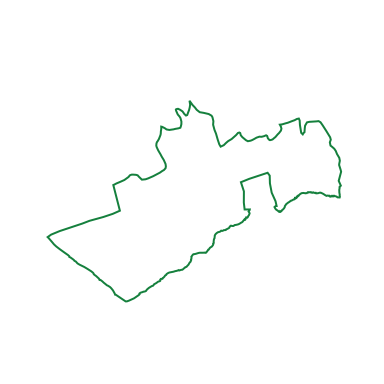 outline of Moanda, Bas-Congo, Democratic Republic of the Congo, rotated 345°
{"feature_id": "63176286B88277060419996", "entity_name": "Moanda", "entity_type": "district", "adm_level": 2, "iso_a3": "COD", "parent_name": "Democratic Republic of the Congo", "parent_adm1": "Bas-Congo", "projection": "natural_earth1", "projection_center": [12.948, -5.756], "detail": "fine", "context": "isolated", "style": "outline", "palette": "green", "viewbox_px": 384, "rotation_deg": 345, "n_neighbors": 0, "source": "geoboundaries", "source_scale": "gbopen_adm2", "svg_char_len": 6060}
<svg xmlns="http://www.w3.org/2000/svg" viewBox="0 0 384 384"><g transform="rotate(345 192 192)"><path d="M267.8,227.9L268.2,229.6L268.6,230.6L269.1,231.2L270.3,232.6L270.7,233.4L271.2,233.8L271.4,233.7L272.1,234.1L272.6,233.9L272.6,233.6L272.9,233.8L273.4,233.7L273.6,233.5L273.9,233.1L274.6,232.7L275.6,232.3L277.0,231.3L277.8,230.4L278.0,229.7L279.2,228.7L279.6,228.4L280.2,227.9L281.2,227.6L281.9,227.2L283.0,226.9L283.9,226.6L284.4,226.3L284.9,226.3L285.3,226.0L286.3,226.0L287.5,225.7L287.8,225.6L288.4,225.4L288.6,225.4L288.9,225.6L289.1,225.6L289.4,225.5L289.6,225.3L289.9,224.6L290.0,224.2L290.3,224.2L290.8,224.7L291.2,224.9L292.1,224.2L292.2,223.6L292.5,223.4L292.7,223.7L292.9,223.7L293.1,223.6L293.3,223.4L293.6,223.1L293.8,223.2L294.0,222.8L294.4,222.8L296.3,221.8L296.7,221.8L297.4,221.5L299.2,221.7L300.1,222.1L301.0,222.4L301.5,222.7L302.5,222.7L302.7,222.8L303.0,222.6L303.9,222.2L304.2,222.4L304.4,222.6L304.9,222.4L306.5,223.1L306.8,222.9L307.5,223.4L307.7,223.8L308.0,223.9L308.5,223.9L308.7,223.7L309.0,223.7L309.6,224.3L310.3,224.6L310.6,224.6L310.7,224.9L310.9,225.0L311.5,225.0L311.6,225.4L312.2,225.6L313.8,225.8L315.3,225.7L315.7,225.8L315.9,226.0L316.3,226.1L317.3,226.9L318.3,227.8L319.9,229.6L320.4,230.0L320.7,230.3L320.8,230.5L322.4,230.6L323.2,231.2L323.5,231.3L323.8,231.2L324.1,231.5L324.3,232.3L324.5,232.3L325.1,232.1L325.5,232.2L325.8,232.4L326.2,231.9L326.5,232.0L326.6,232.3L326.9,232.3L327.3,232.8L327.5,232.8L327.5,232.4L328.2,232.3L328.6,232.7L328.9,233.0L329.7,233.3L330.7,234.1L330.9,234.5L331.1,234.8L333.2,235.5L333.6,234.9L333.7,234.4L333.7,233.7L334.0,232.8L334.2,230.6L334.3,230.2L334.8,228.0L335.2,227.3L335.5,226.6L335.5,226.2L336.0,225.5L336.0,225.2L336.3,225.1L336.8,224.6L337.4,224.4L336.6,219.2L341.3,211.0L341.3,208.7L341.1,204.0L341.5,202.9L342.9,200.1L343.1,197.1L341.9,192.9L341.5,189.6L340.6,187.0L339.0,184.6L337.8,183.0L338.0,179.7L339.6,177.4L339.6,174.9L337.5,167.8L335.5,161.5L334.2,157.9L332.6,156.3L330.5,156.0L326.0,155.1L323.5,154.6L321.1,154.5L318.4,157.2L317.5,159.4L316.1,163.4L315.1,163.8L313.9,165.0L312.8,163.1L313.6,155.2L314.5,150.8L314.2,148.7L312.2,148.6L309.7,149.2L307.2,149.4L302.5,149.9L300.0,149.9L296.6,150.0L294.3,149.7L294.8,152.0L294.8,153.9L293.8,155.7L291.3,157.6L289.7,158.5L286.8,160.5L285.0,161.3L283.4,162.1L281.3,162.2L280.3,161.9L279.2,159.8L279.1,157.3L278.2,156.4L276.1,156.7L273.6,156.7L271.4,156.0L268.4,156.2L265.8,156.9L263.6,157.4L261.9,157.6L259.1,157.4L257.5,155.9L254.8,152.0L253.8,149.8L253.8,147.5L253.1,146.8L251.6,146.9L249.4,148.4L244.0,151.1L240.1,152.2L237.6,153.4L234.8,155.0L231.4,155.6L230.7,153.0L230.4,148.1L230.3,141.9L229.8,137.8L229.8,132.5L231.0,129.1L231.1,125.0L230.6,123.3L228.3,121.0L223.8,118.6L220.1,116.9L217.8,113.8L216.7,111.1L215.0,108.0L213.2,103.2L212.8,107.2L211.7,109.7L210.5,111.9L208.9,114.1L207.3,116.4L206.0,116.6L204.8,114.7L203.7,111.7L201.8,109.5L200.0,108.0L198.2,107.9L197.7,108.3L197.7,109.5L198.3,113.4L199.5,115.9L200.0,117.7L200.0,121.2L199.3,123.7L198.4,125.4L197.4,126.9L195.5,127.0L192.1,126.7L190.4,126.7L186.2,126.2L183.6,125.0L182.2,123.3L180.0,121.3L179.2,120.9L178.7,123.0L177.7,125.2L176.9,127.6L176.3,128.8L173.8,132.2L172.1,133.9L171.0,134.8L170.2,136.0L169.5,138.0L169.5,139.4L170.0,142.4L170.4,144.1L171.3,147.3L171.9,150.0L173.0,153.7L173.7,158.1L173.4,160.5L172.6,162.2L170.6,163.5L168.7,164.0L166.0,165.0L158.5,166.7L153.1,167.5L150.4,167.7L146.8,167.1L144.7,163.6L143.8,161.8L142.3,160.9L139.4,159.9L138.0,159.6L136.3,159.8L134.5,161.1L129.8,162.9L125.5,163.6L121.1,164.2L119.5,164.6L117.8,164.9L117.5,191.4L109.8,192.6L99.8,193.2L85.5,193.3L77.9,194.1L54.1,195.5L44.9,196.7L40.9,198.2L41.6,199.4L44.1,204.6L45.1,206.8L46.8,209.5L49.7,213.3L53.3,217.7L55.9,220.8L56.8,222.2L56.7,223.0L57.7,223.8L59.8,226.4L60.4,227.3L60.6,228.0L61.8,229.1L62.9,231.3L64.6,233.1L68.5,236.5L71.2,239.3L74.2,242.6L75.5,244.4L75.9,245.4L75.8,245.9L76.2,246.6L77.6,248.3L79.7,251.6L79.9,253.0L80.3,253.2L80.8,253.2L82.4,255.3L83.1,256.5L85.0,259.1L85.6,260.0L86.8,261.0L88.3,262.7L89.1,264.1L90.2,266.6L91.0,269.8L91.2,271.3L91.7,271.4L99.6,280.5L100.9,280.8L103.1,280.6L108.5,279.7L113.8,277.8L114.9,277.2L114.9,276.5L116.0,276.0L117.0,275.9L118.5,275.9L119.1,275.7L120.7,275.9L122.1,275.6L123.0,274.7L125.4,273.5L128.7,272.5L130.2,272.4L130.9,271.9L131.5,271.3L134.0,270.7L135.6,270.0L136.4,269.8L137.8,269.8L138.3,269.6L138.6,269.1L138.6,268.5L139.4,267.9L140.7,268.2L141.1,268.1L141.5,267.5L142.1,267.4L142.8,267.0L143.6,266.5L144.2,265.9L144.7,265.6L145.6,265.4L146.2,264.7L147.6,264.2L149.2,263.9L153.5,264.2L155.2,264.1L156.9,264.2L158.2,264.1L158.9,264.0L159.0,264.3L159.2,264.5L161.7,264.4L162.3,264.6L163.1,264.4L163.9,264.0L164.6,263.6L165.3,263.4L166.0,262.9L167.0,262.9L167.4,262.8L168.7,261.9L169.8,261.3L170.8,260.2L171.7,259.4L172.3,259.2L172.9,258.5L173.6,257.5L173.6,256.9L173.8,256.8L174.5,255.5L174.6,254.4L176.7,252.7L177.4,252.5L177.8,252.6L179.7,252.7L181.8,252.6L182.9,252.6L184.0,252.7L187.3,253.6L188.5,253.8L188.7,254.0L189.2,254.0L189.3,254.2L190.0,254.2L192.3,252.4L192.7,251.9L192.9,251.9L193.1,252.0L194.0,251.3L194.8,250.6L195.5,250.3L196.6,250.0L197.1,249.8L197.9,249.2L198.6,248.6L199.1,247.8L199.1,247.3L199.5,247.2L199.9,246.6L199.9,246.0L200.8,243.7L201.4,242.8L201.7,242.6L202.2,241.4L202.4,241.0L202.6,240.2L203.1,239.5L204.0,238.7L205.4,238.0L206.6,237.6L208.6,237.6L209.3,237.4L210.2,236.9L211.0,237.4L211.8,237.4L212.9,237.1L213.5,237.2L214.1,237.4L214.8,237.4L215.0,237.1L217.9,236.5L218.7,236.2L219.6,235.1L220.1,235.0L220.9,234.6L221.6,235.0L222.3,235.3L223.1,235.5L224.0,235.3L224.5,235.0L226.6,235.2L228.6,235.2L230.5,234.7L231.3,234.4L232.3,234.2L232.9,234.0L235.2,232.3L235.2,232.5L235.8,232.7L236.3,232.5L237.0,231.7L237.3,231.1L237.8,230.5L238.8,231.1L239.3,230.8L239.9,230.0L241.0,229.1L242.1,227.6L242.1,227.0L241.6,225.5L243.0,224.4L243.3,223.8L238.3,222.5L239.3,215.7L242.3,204.8L241.8,195.2L250.7,194.1L270.0,193.0L271.3,196.3L269.5,203.8L268.8,213.3L270.3,222.5L270.1,227.4L269.2,227.2L267.8,227.9Z" fill="none" stroke="#15803d" stroke-width="2"/></g></svg>